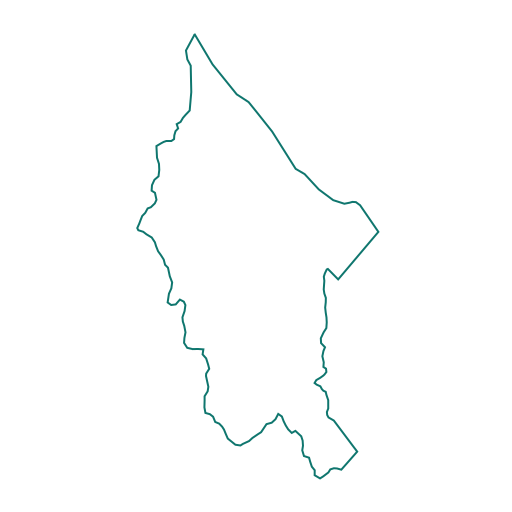 Setiu, Terengganu, Malaysia (Equal Earth projection), rotated 4°
{"feature_id": "92858781B44112931825428", "entity_name": "Setiu", "entity_type": "district", "adm_level": 2, "iso_a3": "MYS", "parent_name": "Malaysia", "parent_adm1": "Terengganu", "projection": "equal_earth", "projection_center": [102.786, 5.461], "detail": "fine", "context": "isolated", "style": "outline", "palette": "teal", "viewbox_px": 512, "rotation_deg": 4, "n_neighbors": 0, "source": "geoboundaries", "source_scale": "gbopen_adm2", "svg_char_len": 2375}
<svg xmlns="http://www.w3.org/2000/svg" viewBox="0 0 512 512"><g transform="rotate(4 256 256)"><path d="M370.6,444.1L365.8,438.6L345.1,414.7L339.6,412.0L338.1,409.6L337.6,406.7L338.7,403.1L338.1,394.8L335.9,389.5L335.0,386.6L332.6,385.7L331.0,384.2L329.3,381.5L325.5,380.1L323.3,378.6L324.8,375.6L328.6,373.0L331.5,370.6L332.6,369.4L334.3,366.8L333.7,363.5L331.0,362.0L331.0,357.3L329.2,351.4L329.9,346.1L331.2,342.2L327.0,338.4L326.4,333.6L328.8,327.4L331.2,323.0L331.2,317.4L330.6,312.4L329.5,307.6L328.6,302.6L328.8,297.3L328.6,292.9L326.8,288.7L325.9,284.6L325.9,280.7L325.9,276.0L325.1,271.9L325.9,268.6L327.5,264.5L328.6,263.9L339.6,273.6L376.4,223.4L356.3,198.1L351.9,195.3L348.4,195.3L345.7,196.3L340.5,197.7L329.1,194.9L314.0,185.2L298.8,170.9L289.5,166.3L263.4,130.7L246.1,111.8L237.9,103.0L231.3,99.3L225.5,96.1L199.3,67.9L179.0,38.6L179.3,39.3L171.8,55.9L173.8,64.7L177.6,70.7L180.0,97.0L179.7,115.5L175.9,120.1L173.5,123.3L171.4,127.5L167.7,130.0L169.4,134.2L167.0,137.1L166.1,141.3L166.1,145.1L163.5,147.2L158.6,147.5L156.0,148.6L153.6,150.1L149.0,153.3L150.4,164.9L152.8,170.9L153.5,176.9L153.2,183.3L149.4,187.0L147.3,192.6L147.3,198.1L150.8,200.0L152.8,206.9L151.4,210.6L147.7,214.7L144.6,216.1L142.5,220.7L139.7,224.0L138.4,228.1L137.3,231.8L135.6,236.4L136.8,238.5L141.8,239.7L145.2,242.0L150.7,244.8L154.2,249.4L155.6,253.1L158.0,258.1L161.1,261.8L164.2,266.0L165.9,271.1L169.0,273.8L171.4,282.2L174.2,288.2L173.8,294.2L171.8,299.7L171.1,308.5L174.8,310.8L179.3,309.9L183.1,304.8L187.2,306.6L189.0,309.9L188.6,315.9L186.9,322.3L187.6,326.5L189.3,330.7L191.0,337.1L190.3,342.7L190.3,347.7L193.8,352.4L199.3,353.3L204.5,352.8L210.0,352.8L209.6,357.9L213.4,361.6L215.8,367.6L217.2,371.8L214.5,376.8L214.5,379.2L217.6,389.8L217.2,394.4L214.5,399.5L214.8,403.6L215.1,410.6L216.5,416.1L221.0,417.0L224.4,419.3L226.9,424.4L231.0,425.8L234.1,428.6L236.2,431.4L238.2,435.5L240.6,440.1L248.6,445.7L253.7,446.1L256.1,444.3L262.0,441.1L265.1,437.8L270.3,433.7L273.4,431.4L278.2,423.0L283.3,421.2L286.8,417.5L289.2,412.0L293.0,414.3L295.1,418.9L297.5,423.0L300.2,426.7L304.0,430.0L307.5,427.7L313.7,432.7L315.4,436.9L316.1,442.0L315.7,446.6L317.8,452.2L323.0,453.5L324.3,457.2L326.4,462.3L329.5,465.6L329.8,470.6L335.4,473.4L338.5,471.1L343.3,466.9L345.0,463.7L348.5,462.3L351.6,462.3L356.0,463.2L370.6,444.1Z" fill="none" stroke="#0f766e" stroke-width="2"/></g></svg>